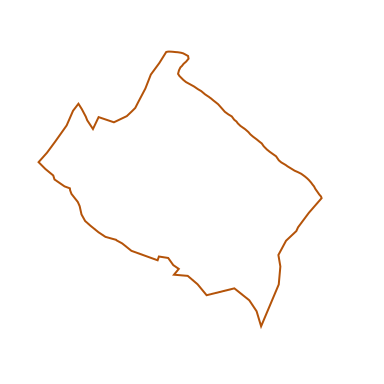 Isuikwuato, Abia, Nigeria, rotated 134°
{"feature_id": "59680162B83041511737206", "entity_name": "Isuikwuato", "entity_type": "district", "adm_level": 2, "iso_a3": "NGA", "parent_name": "Nigeria", "parent_adm1": "Abia", "projection": "orthographic", "projection_center": [7.441, 5.794], "detail": "fine", "context": "isolated", "style": "outline", "palette": "amber", "viewbox_px": 384, "rotation_deg": 134, "n_neighbors": 0, "source": "geoboundaries", "source_scale": "gbopen_adm2", "svg_char_len": 1776}
<svg xmlns="http://www.w3.org/2000/svg" viewBox="0 0 384 384"><g transform="rotate(134 192 192)"><path d="M264.0,147.5L255.3,136.8L254.5,123.9L256.1,109.8L231.9,94.6L230.1,75.6L232.9,62.7L240.6,49.0L198.4,65.3L198.2,65.4L184.2,76.7L177.3,86.1L161.7,90.5L149.3,89.9L147.7,89.8L143.7,91.2L125.7,93.5L106.4,94.5L105.6,96.1L105.4,98.7L104.6,102.7L104.2,104.9L104.0,105.7L103.2,108.1L102.9,110.6L102.5,112.8L102.2,116.2L102.2,118.8L102.4,121.6L103.0,126.0L103.5,127.6L104.2,129.8L105.4,133.0L106.0,135.8L107.2,141.2L107.5,143.4L108.1,145.9L108.7,148.4L108.9,151.6L107.9,156.3L108.5,160.1L109.1,164.2L109.3,166.7L109.4,167.4L109.3,172.1L108.6,175.6L108.9,178.1L109.2,181.9L109.8,186.6L110.0,190.1L109.7,193.1L109.9,197.3L110.8,203.0L110.8,206.8L110.4,209.0L110.7,211.8L110.0,215.9L110.9,219.7L111.5,224.1L111.1,228.9L110.7,234.2L111.0,237.4L111.3,240.2L111.5,243.4L111.8,245.2L111.8,245.9L112.1,247.2L112.7,250.6L113.0,255.4L113.9,259.1L114.7,263.9L115.9,268.3L117.1,272.7L117.4,276.2L117.3,281.5L116.7,284.1L113.5,285.9L110.4,286.9L108.2,286.8L105.7,287.1L102.2,286.8L98.5,287.1L96.9,289.3L97.5,291.5L97.7,292.3L98.4,294.7L99.5,296.7L101.4,299.4L103.0,301.3L104.3,303.0L105.8,304.8L107.6,306.7L109.2,307.8L121.9,305.1L136.1,303.2L150.0,297.4L164.1,293.3L171.0,291.2L175.8,291.3L182.7,291.6L196.1,296.6L203.0,311.2L215.5,307.0L213.2,317.2L211.6,320.7L208.9,328.9L207.4,335.0L216.2,334.0L231.2,328.4L250.9,325.4L264.5,323.6L277.1,323.1L277.3,313.5L276.5,303.3L278.5,299.6L276.5,287.6L274.2,282.4L275.4,280.9L277.1,277.4L278.5,267.2L280.2,263.0L284.9,255.9L287.1,248.7L286.8,241.6L285.9,231.3L284.4,223.1L279.1,213.3L279.2,212.7L277.5,206.6L276.4,194.7L265.0,169.3L261.4,171.0L256.0,163.3L257.6,154.7L256.5,148.1L264.0,147.5Z" fill="none" stroke="#b45309" stroke-width="2"/></g></svg>